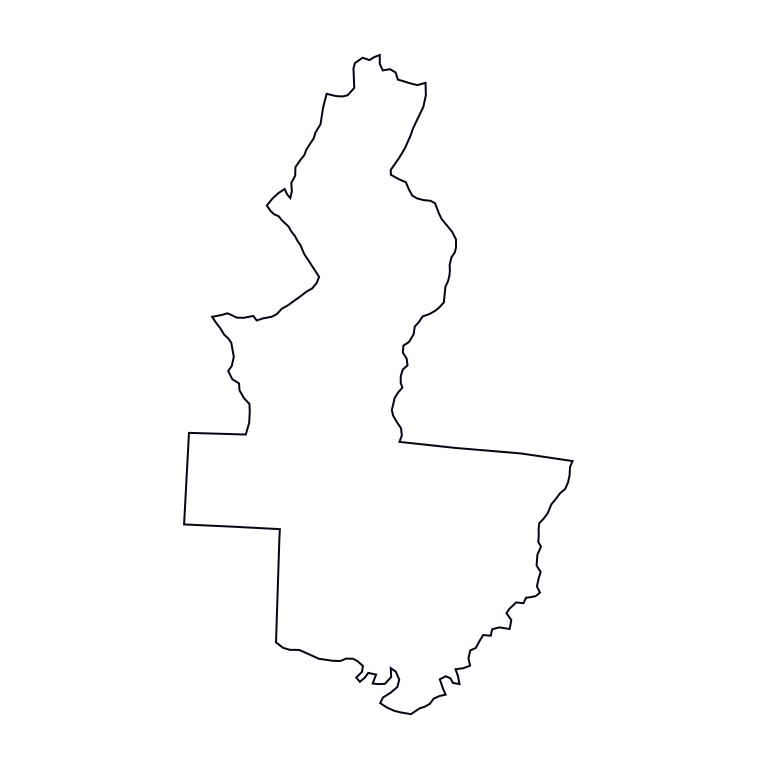 the district of Cambé, Paraná, Brazil, rotated 183°
{"feature_id": "56859067B22186488449217", "entity_name": "Cambé", "entity_type": "district", "adm_level": 2, "iso_a3": "BRA", "parent_name": "Brazil", "parent_adm1": "Paraná", "projection": "mercator", "projection_center": [-51.292, -23.206], "detail": "fine", "context": "isolated", "style": "outline", "palette": "ink", "viewbox_px": 768, "rotation_deg": 183, "n_neighbors": 0, "source": "geoboundaries", "source_scale": "gbopen_adm2", "svg_char_len": 3011}
<svg xmlns="http://www.w3.org/2000/svg" viewBox="0 0 768 768"><g transform="rotate(183 384 384)"><path d="M339.8,55.7L334.9,59.4L331.2,62.1L326.8,63.7L321.6,66.9L318.0,72.3L312.3,75.3L306.2,77.0L309.2,83.0L312.8,92.0L307.0,95.4L302.3,93.6L299.5,89.1L292.9,88.3L294.9,96.3L297.6,102.9L290.0,104.3L283.3,107.2L285.3,114.5L283.9,122.5L278.6,125.1L275.0,132.6L271.8,138.5L264.2,138.2L263.2,144.7L256.0,147.0L245.7,145.9L244.5,154.9L249.7,161.5L247.2,165.8L240.6,172.8L233.2,172.4L231.0,178.0L226.4,178.8L221.4,180.1L217.3,183.9L220.7,189.8L219.5,197.5L217.7,204.5L222.1,210.6L221.9,221.6L218.7,229.8L221.7,234.4L221.5,240.0L222.0,247.2L221.7,253.1L217.5,257.9L213.6,263.8L210.7,272.4L206.6,277.9L202.5,284.1L197.5,288.8L195.1,295.3L193.9,302.3L193.9,310.8L191.7,316.9L243.5,321.8L309.7,323.9L365.5,327.0L363.5,333.6L364.7,340.7L368.9,346.3L373.3,353.0L374.8,358.4L372.6,370.7L369.3,376.5L365.5,381.3L367.4,386.2L367.7,392.7L366.0,399.5L361.5,403.8L362.7,410.6L366.9,416.4L366.6,423.4L361.3,427.2L357.0,435.2L356.3,442.9L352.4,447.7L349.0,453.5L342.3,456.2L336.4,460.0L332.7,463.5L328.5,468.6L327.8,484.1L325.4,490.2L324.4,495.3L324.1,500.4L324.7,506.3L323.3,514.0L320.2,519.1L319.2,524.2L319.7,532.2L323.9,539.5L330.0,546.2L335.1,551.8L337.9,556.8L342.5,567.2L347.2,569.4L353.9,569.7L360.5,571.0L365.7,573.7L369.3,579.6L372.8,586.7L379.0,588.9L388.0,593.2L388.5,598.1L380.9,610.3L378.2,615.2L375.0,621.6L370.3,634.0L368.6,640.1L364.7,649.7L359.2,662.8L357.3,674.6L358.3,686.9L366.4,684.2L374.3,685.8L380.9,687.5L386.1,688.7L388.7,695.7L394.4,698.7L401.6,697.1L405.0,703.5L405.4,712.3L410.9,709.9L415.4,706.7L422.4,708.7L429.8,703.0L431.0,697.6L429.2,678.1L435.5,670.4L440.5,669.0L447.0,669.0L456.5,670.8L459.3,656.7L461.0,640.1L465.6,631.5L467.0,625.8L470.6,619.7L474.0,613.6L475.5,608.5L479.4,603.1L483.8,595.9L483.6,587.4L487.1,579.9L486.1,571.6L487.3,564.8L490.7,568.3L493.4,573.5L499.3,569.2L504.7,563.8L510.4,556.1L506.2,550.7L502.5,547.7L497.8,545.9L494.7,542.3L491.0,539.2L487.3,536.0L484.9,531.9L480.7,527.1L477.7,522.1L474.7,518.3L470.3,509.3L465.2,502.5L454.4,487.6L456.5,481.4L460.7,475.7L466.1,472.3L474.0,465.6L479.7,461.1L484.4,457.3L490.0,453.8L494.9,448.0L499.6,445.3L508.2,443.2L514.5,440.8L518.0,445.1L527.9,442.7L534.7,442.6L539.2,444.6L544.0,446.4L549.5,444.5L559.1,442.1L555.8,437.5L550.3,430.9L546.0,424.7L542.0,421.4L538.7,417.3L537.0,410.0L535.4,403.3L537.0,394.0L540.3,388.8L535.7,380.8L528.8,377.0L528.0,370.2L523.0,362.4L517.3,357.0L516.6,349.3L516.6,338.1L519.4,326.3L576.2,325.0L576.3,233.3L527.3,233.6L480.4,233.6L480.4,224.3L478.3,120.3L470.9,115.2L463.9,113.6L454.8,114.0L449.0,111.8L444.1,109.9L434.7,106.2L428.1,105.6L420.7,104.9L413.1,105.1L407.4,107.8L400.5,108.0L396.1,105.9L390.3,101.4L390.9,95.4L396.4,89.4L392.5,85.3L387.5,90.1L384.6,94.7L376.7,93.4L379.6,84.3L374.5,84.0L367.4,84.6L361.5,91.8L362.4,100.6L357.2,97.4L353.3,89.6L354.8,82.1L361.3,76.0L368.6,70.9L371.1,65.1L363.9,61.0L356.8,58.2L349.4,56.8L339.8,55.7Z" fill="none" stroke="#020617" stroke-width="2"/></g></svg>